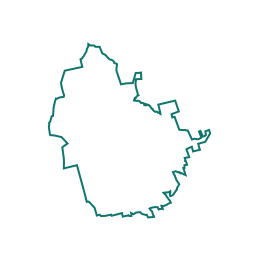 Huhí, Yucatán, Mexico (Natural Earth projection), rotated 160°
{"feature_id": "50627088B5234987061010", "entity_name": "Huhí", "entity_type": "district", "adm_level": 2, "iso_a3": "MEX", "parent_name": "Mexico", "parent_adm1": "Yucatán", "projection": "natural_earth1", "projection_center": [-89.155, 20.688], "detail": "fine", "context": "isolated", "style": "outline", "palette": "teal", "viewbox_px": 256, "rotation_deg": 160, "n_neighbors": 0, "source": "geoboundaries", "source_scale": "gbopen_adm2", "svg_char_len": 4462}
<svg xmlns="http://www.w3.org/2000/svg" viewBox="0 0 256 256"><g transform="rotate(160 128 128)"><path d="M202.1,112.0L188.7,110.5L191.1,81.6L192.0,72.7L190.7,72.6L190.0,71.9L189.6,71.4L186.7,64.5L187.2,56.4L184.2,56.2L183.6,54.6L179.9,53.3L173.5,52.3L173.6,51.7L173.4,51.1L162.7,50.1L162.7,49.7L163.0,48.5L163.2,46.5L162.2,46.4L161.7,46.3L160.9,46.2L159.0,45.9L158.1,45.8L157.4,45.9L157.2,45.4L156.9,44.9L155.5,44.4L155.3,44.1L155.0,44.1L154.9,44.6L154.4,45.6L154.2,46.3L154.1,47.0L152.4,45.1L151.9,45.1L149.9,45.7L149.2,45.7L146.8,45.2L145.1,44.6L145.0,43.9L144.3,42.5L141.7,40.7L141.2,40.3L140.5,40.2L140.1,40.1L139.7,37.1L135.7,36.0L133.9,35.6L133.8,36.3L133.9,36.8L134.2,38.3L133.9,41.3L134.3,42.1L134.6,42.6L135.3,44.9L134.2,45.1L132.0,44.9L131.2,44.7L130.1,44.6L129.8,44.5L127.2,43.4L127.1,41.0L125.9,41.1L125.5,40.9L125.0,40.7L123.4,40.4L123.1,40.1L122.9,41.3L123.2,42.2L123.2,42.9L123.2,43.4L121.3,42.5L120.3,42.6L119.5,42.5L118.0,42.5L117.5,42.7L115.9,43.1L113.4,43.1L113.5,43.6L113.4,43.9L113.5,45.5L114.0,46.7L114.2,47.3L114.3,47.7L114.6,48.6L114.7,48.9L114.7,49.1L115.2,50.7L115.1,51.8L116.1,53.4L116.6,54.3L116.8,55.0L114.3,54.4L113.4,54.1L112.9,54.1L112.2,53.9L110.9,53.8L109.9,54.1L110.0,53.6L110.1,53.2L110.5,52.9L111.4,51.5L111.5,49.9L111.5,49.5L110.4,49.4L108.7,49.7L108.0,50.1L107.9,50.2L104.8,52.3L104.5,52.9L103.8,52.9L103.5,53.3L103.2,53.5L102.8,53.9L102.7,54.6L101.5,55.6L99.1,57.6L100.3,62.5L100.3,67.5L100.7,68.7L100.8,71.2L97.9,71.0L94.6,68.0L94.5,68.5L90.0,64.1L89.7,71.4L88.7,71.0L87.7,73.7L85.1,73.2L85.0,75.9L85.0,77.1L85.6,77.4L85.4,78.1L85.1,78.4L85.0,78.6L84.9,79.6L84.9,80.5L81.8,79.9L80.4,79.7L80.4,81.3L80.4,83.9L80.4,85.4L80.4,86.9L80.4,88.0L77.8,88.4L77.2,88.5L76.0,88.4L74.4,88.6L74.9,83.7L73.5,83.6L72.7,83.5L70.0,83.2L68.2,83.1L67.9,83.0L67.9,83.4L67.8,84.1L67.8,86.2L67.7,86.9L67.6,87.3L67.5,87.8L67.4,89.1L65.6,89.0L64.5,89.0L63.8,88.9L62.3,88.7L61.2,88.6L60.5,88.6L60.1,88.6L52.6,94.9L52.5,98.4L56.5,98.4L57.2,94.7L58.0,94.4L58.3,94.5L59.6,94.2L60.6,94.4L60.9,100.4L62.5,100.4L62.3,94.0L62.7,93.8L65.5,93.4L66.1,93.5L69.4,95.2L71.8,95.3L72.7,105.2L73.6,105.5L74.4,106.1L74.9,106.6L77.1,107.2L77.3,107.4L80.4,108.8L80.4,110.3L80.4,122.6L82.8,122.8L82.4,125.0L82.3,126.1L74.6,126.2L74.3,137.6L91.5,139.6L92.4,131.6L92.6,130.6L92.7,130.1L93.1,130.5L93.0,130.8L93.1,131.1L93.3,131.5L93.5,131.7L93.8,132.0L94.4,132.0L94.7,132.2L94.6,132.6L94.7,133.0L95.2,133.2L95.6,133.6L95.8,133.7L96.4,133.7L96.9,133.9L97.1,134.3L97.8,135.1L98.0,135.6L98.4,136.5L98.3,136.9L98.3,137.3L98.5,137.5L98.8,137.7L99.0,137.9L98.9,138.0L99.0,138.1L99.1,138.7L99.4,139.3L99.5,139.8L99.7,140.3L99.7,140.7L99.8,141.1L100.3,141.5L100.7,142.6L101.2,142.9L101.7,143.0L102.1,143.6L102.6,144.0L102.6,143.6L102.6,143.0L102.9,143.0L103.3,143.2L104.2,143.5L104.9,144.0L104.7,144.7L104.5,145.4L105.0,146.0L105.4,146.4L106.3,146.8L106.8,146.8L107.1,146.9L107.0,147.3L107.1,147.6L107.5,148.1L107.6,148.4L108.0,148.9L108.0,149.3L108.2,149.6L108.8,149.8L109.4,150.3L109.9,150.3L110.4,150.5L111.0,150.7L111.7,151.2L112.2,151.4L112.7,151.6L113.0,151.8L112.7,152.2L112.2,152.6L112.1,152.9L111.9,152.9L111.6,153.4L111.4,153.7L111.0,153.3L110.3,153.7L109.4,154.6L109.0,154.8L107.0,155.2L107.3,156.1L106.9,159.4L106.9,161.3L106.0,166.6L103.8,171.1L98.7,169.5L97.9,172.7L97.5,173.2L96.8,175.6L98.2,175.8L101.9,177.1L108.1,168.6L114.3,170.5L117.5,171.1L119.7,171.5L119.6,172.6L119.3,184.0L119.4,184.6L119.0,186.6L118.2,188.5L118.0,188.9L116.7,191.1L116.5,191.9L118.7,193.9L118.5,195.3L119.9,197.5L122.0,198.9L124.2,204.3L125.9,206.2L126.6,206.7L126.9,213.9L130.9,215.5L131.1,215.9L131.3,216.7L132.3,217.4L135.3,218.5L136.6,220.4L137.4,218.3L138.8,217.0L139.5,216.5L140.5,214.8L140.9,214.2L145.5,210.3L146.1,210.2L147.4,209.1L149.1,208.9L149.7,204.4L150.0,201.1L155.0,201.7L155.2,201.8L155.3,201.8L156.3,201.9L167.8,203.5L175.4,193.5L176.2,190.0L176.1,189.8L176.5,187.5L176.5,187.3L176.7,184.7L176.9,184.2L176.8,182.5L176.8,180.6L177.7,179.3L179.3,179.6L182.0,180.1L183.6,179.9L183.8,179.9L184.2,179.8L185.7,180.3L185.9,179.8L186.8,178.8L187.3,178.4L189.8,174.3L190.2,173.8L191.4,171.7L192.0,170.2L192.2,169.8L192.3,169.4L194.3,165.1L194.9,165.0L195.3,165.1L195.7,165.0L195.8,165.0L195.8,164.9L198.5,161.3L198.9,160.6L200.5,159.7L200.8,158.1L201.7,156.7L202.1,155.7L203.5,148.8L203.5,148.6L203.5,147.9L200.0,146.3L199.5,146.0L193.6,142.2L190.1,134.1L196.3,132.4L197.1,128.8L198.6,121.9L199.5,118.7L202.1,112.0Z" fill="none" stroke="#0f766e" stroke-width="2"/></g></svg>